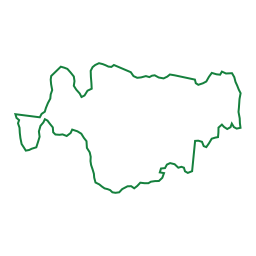 outline of Aratuípe, Bahia, Brazil
{"feature_id": "56859067B37330443565805", "entity_name": "Aratuípe", "entity_type": "district", "adm_level": 2, "iso_a3": "BRA", "parent_name": "Brazil", "parent_adm1": "Bahia", "projection": "equal_earth", "projection_center": [-39.08, -13.09], "detail": "fine", "context": "isolated", "style": "outline", "palette": "green", "viewbox_px": 256, "rotation_deg": 0, "n_neighbors": 0, "source": "geoboundaries", "source_scale": "gbopen_adm2", "svg_char_len": 1972}
<svg xmlns="http://www.w3.org/2000/svg" viewBox="0 0 256 256"><path d="M152.0,75.7L149.4,77.1L145.9,76.1L141.1,77.4L137.2,77.8L133.5,76.1L130.8,72.2L113.9,65.0L111.4,66.9L108.4,66.6L105.5,65.2L102.7,64.1L99.0,63.2L95.2,65.0L92.6,67.1L90.7,70.8L90.9,76.9L91.4,82.9L91.7,88.7L87.5,90.7L84.5,95.5L81.5,97.0L79.7,93.5L76.3,89.7L73.8,85.8L74.5,81.1L73.8,76.5L70.6,72.5L67.4,68.9L64.3,67.7L60.8,66.7L51.2,76.0L50.7,79.6L51.1,84.2L52.2,90.1L50.7,94.4L50.3,98.6L47.9,103.1L45.9,108.0L44.8,111.7L41.6,113.9L39.8,117.3L15.4,114.2L16.5,117.9L19.1,120.1L18.0,123.3L19.5,127.7L19.8,133.0L20.4,138.0L21.6,144.0L24.0,147.7L25.8,150.6L29.1,150.0L31.8,148.7L36.3,147.3L38.1,141.7L39.6,136.8L38.9,131.4L40.5,125.8L43.4,122.4L44.9,119.2L47.5,120.6L49.8,123.7L52.8,127.4L53.2,132.3L55.4,134.5L59.5,134.8L62.6,134.4L66.7,136.0L70.6,133.0L72.2,129.6L77.4,131.3L81.3,133.7L83.9,137.9L86.5,141.2L86.9,147.9L89.7,152.3L90.7,156.8L90.5,161.1L91.1,165.0L92.6,169.4L93.9,173.8L94.2,177.6L95.5,182.5L99.3,184.4L102.0,186.6L104.6,188.4L107.5,189.1L110.1,190.1L112.4,192.3L115.5,192.8L119.2,192.3L122.2,189.1L127.5,186.3L131.2,186.2L134.2,188.3L137.2,186.0L140.3,182.7L144.5,183.2L148.4,183.2L150.9,181.7L154.9,181.1L158.9,181.0L162.3,177.8L164.0,173.1L159.8,172.4L161.0,168.5L165.0,168.1L166.9,164.6L170.1,163.1L174.6,164.2L178.3,167.7L181.4,166.8L183.9,167.7L185.0,171.3L187.8,172.9L192.1,171.2L195.1,140.9L198.3,140.7L202.0,141.8L203.7,146.1L206.3,147.1L208.9,143.4L211.7,138.7L215.3,137.6L218.0,137.1L218.4,132.7L218.5,127.6L221.9,124.6L224.0,126.9L227.2,129.0L230.5,127.2L231.8,123.6L233.9,127.1L236.7,128.6L240.5,127.8L239.9,123.2L239.7,118.3L238.5,111.9L238.9,107.8L239.5,99.1L240.6,93.2L238.8,89.7L237.2,85.6L235.5,81.9L234.3,77.2L232.0,73.2L226.0,73.5L221.9,71.6L220.1,74.7L216.5,74.3L211.8,72.9L208.9,76.9L206.3,81.5L202.9,83.3L198.3,84.8L195.8,83.2L194.9,79.6L174.6,75.3L169.9,74.5L167.3,76.6L163.6,78.4L158.7,77.5L154.7,75.3L152.0,75.7Z" fill="none" stroke="#15803d" stroke-width="2"/></svg>